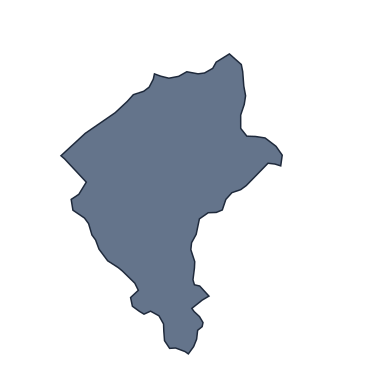 Yeoju, Gyeonggi, South Korea, rotated 227°
{"feature_id": "91817680B81929081090334", "entity_name": "Yeoju", "entity_type": "district", "adm_level": 2, "iso_a3": "KOR", "parent_name": "South Korea", "parent_adm1": "Gyeonggi", "projection": "mercator", "projection_center": [127.578, 37.276], "detail": "fine", "context": "isolated", "style": "filled", "palette": "slate", "viewbox_px": 384, "rotation_deg": 227, "n_neighbors": 0, "source": "geoboundaries", "source_scale": "gbopen_adm2", "svg_char_len": 1210}
<svg xmlns="http://www.w3.org/2000/svg" viewBox="0 0 384 384"><g transform="rotate(227 192 192)"><path d="M76.1,78.9L77.8,87.7L81.2,95.0L84.1,98.4L87.0,101.8L86.6,107.6L89.0,111.0L95.8,112.5L103.1,112.0L107.0,112.5L106.0,125.6L104.3,133.4L118.0,133.5L122.5,130.5L127.1,132.8L134.7,141.9L139.2,146.5L150.6,151.8L155.2,157.1L158.2,166.2L167.3,179.1L165.8,189.7L160.5,195.8L158.2,201.9L163.5,211.7L164.3,220.8L160.5,229.2L159.7,236.0L161.2,267.2L155.9,271.7L150.6,274.7L157.4,283.1L168.1,284.6L181.7,282.3L189.3,276.3L195.4,270.2L205.3,271.0L215.1,280.1L220.4,289.9L225.8,296.8L234.1,302.1L245.5,311.2L251.6,315.0L267.5,313.5L270.5,298.3L268.3,291.5L270.5,282.3L274.3,277.0L283.5,270.2L285.7,261.1L291.0,252.7L297.9,248.2L300.6,246.8L304.0,245.1L300.9,240.6L297.9,232.2L298.6,225.4L303.2,215.5L302.4,206.4L302.4,189.7L307.7,154.0L307.9,120.9L303.2,121.4L271.3,121.4L267.5,107.7L269.0,98.6L259.9,92.5L246.3,95.6L239.4,94.8L228.8,89.5L222.7,88.8L213.6,85.0L199.2,83.4L187.0,86.5L181.7,87.2L164.3,88.0L156.7,85.7L156.7,75.1L149.1,70.5L140.7,72.1L135.4,73.6L133.1,80.4L124.0,83.4L114.9,81.2L109.6,76.6L102.0,70.5L92.9,69.0L89.1,73.6L80.0,78.1L76.1,78.9Z" fill="#64748b" stroke="#1e293b" stroke-width="1.5"/></g></svg>